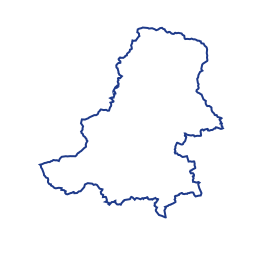 the district of Befotaka, Atsimo-Atsinanana, Madagascar, rotated 78°
{"feature_id": "10022922B11101019287712", "entity_name": "Befotaka", "entity_type": "district", "adm_level": 2, "iso_a3": "MDG", "parent_name": "Madagascar", "parent_adm1": "Atsimo-Atsinanana", "projection": "robinson", "projection_center": [46.959, -23.944], "detail": "fine", "context": "isolated", "style": "outline", "palette": "blue", "viewbox_px": 256, "rotation_deg": 78, "n_neighbors": 0, "source": "geoboundaries", "source_scale": "gbopen_adm2", "svg_char_len": 5796}
<svg xmlns="http://www.w3.org/2000/svg" viewBox="0 0 256 256"><g transform="rotate(78 128 128)"><path d="M57.4,40.3L57.0,42.0L56.2,42.6L55.6,43.5L55.1,44.3L54.9,45.6L53.8,47.2L54.0,48.9L53.2,51.3L52.9,53.5L52.2,54.0L49.4,53.8L48.2,55.3L46.7,55.9L45.4,59.0L45.4,60.6L44.7,62.0L44.8,62.5L45.3,63.0L45.4,64.3L44.6,65.8L42.7,67.2L42.5,68.2L42.9,69.2L42.6,69.9L40.8,71.2L39.0,71.7L38.6,72.8L37.1,73.9L37.0,75.8L38.0,78.2L38.2,80.1L36.9,81.4L35.4,83.7L35.1,86.8L34.3,87.8L32.8,92.7L33.1,94.0L33.2,96.7L33.6,98.0L36.3,99.0L36.9,98.3L38.0,97.6L39.4,97.9L40.4,97.7L41.2,99.1L44.2,102.3L43.9,102.8L44.0,104.2L43.3,105.4L44.6,106.0L45.7,106.2L47.9,107.8L49.6,107.6L51.3,107.8L51.7,108.6L51.8,109.8L53.6,110.5L54.9,113.1L55.5,113.7L56.7,114.0L56.9,115.6L57.6,116.1L58.4,118.0L57.8,120.4L57.4,121.0L57.9,121.5L57.9,122.0L58.7,122.9L59.7,122.7L61.2,121.6L62.6,121.9L62.7,122.4L62.4,123.7L62.9,124.8L64.2,126.4L66.2,126.7L66.8,126.5L67.6,125.7L68.3,125.8L70.8,125.6L72.2,125.9L72.8,125.5L74.0,125.5L76.1,123.2L77.6,125.3L77.1,126.9L77.3,127.4L77.7,127.6L79.3,127.3L80.0,128.2L80.4,128.4L81.8,128.4L82.4,127.9L84.0,128.3L84.2,128.7L84.1,129.4L85.1,131.1L85.8,129.6L86.4,130.8L86.1,132.3L88.5,134.5L89.3,134.8L89.3,134.1L89.5,133.6L91.1,133.1L91.7,133.1L91.9,134.9L93.0,134.5L95.3,135.8L94.9,136.7L94.8,138.0L95.1,139.1L96.4,137.7L97.7,137.3L98.8,136.6L99.3,136.9L99.5,139.9L100.8,139.5L102.3,139.7L103.1,140.1L104.1,141.3L107.0,142.9L106.9,144.3L105.7,145.6L105.4,148.1L104.2,150.7L104.6,151.4L105.2,151.8L106.3,153.6L107.7,154.3L108.3,155.0L108.8,156.5L108.4,158.3L109.6,163.7L110.2,164.8L110.8,168.4L110.0,171.3L113.6,173.0L117.0,171.6L118.7,172.5L120.2,172.8L121.8,174.6L122.4,174.3L123.1,174.5L124.6,173.4L126.2,173.4L128.1,171.8L129.2,171.5L129.7,171.0L131.2,171.0L131.9,170.5L132.3,170.4L133.9,171.9L135.8,172.9L137.0,172.8L137.7,173.1L138.5,175.0L140.8,178.6L141.5,180.6L142.2,181.6L142.2,182.3L143.3,183.6L143.9,183.9L144.7,185.3L143.5,190.5L143.2,193.2L142.7,194.6L142.4,198.8L143.3,200.3L144.3,201.4L145.9,202.5L144.7,204.3L144.7,205.2L143.8,207.7L144.5,209.2L144.5,210.3L145.1,211.6L144.7,213.2L145.0,215.3L144.9,216.9L145.5,219.4L145.6,221.7L146.4,221.1L148.6,221.2L150.3,220.5L154.9,219.8L156.8,219.9L157.9,219.1L159.3,218.6L160.5,216.8L162.3,216.8L163.1,217.3L164.5,217.5L166.3,216.8L167.1,215.1L168.1,215.4L169.5,213.7L171.3,212.5L171.7,211.8L172.0,211.1L172.1,208.1L173.0,205.4L174.7,206.1L175.4,203.8L175.8,203.2L176.4,203.0L176.8,202.1L177.2,202.1L178.2,202.9L178.7,202.9L179.8,202.2L180.3,200.9L179.7,197.4L179.8,196.6L179.2,194.7L179.4,194.3L180.6,194.1L181.0,191.4L179.8,189.3L180.0,187.5L176.7,183.1L174.3,181.9L173.6,178.8L175.0,174.6L176.5,173.4L176.4,171.7L176.7,171.0L177.4,170.1L181.4,168.4L182.7,165.7L183.2,165.9L184.9,167.9L186.8,168.0L187.3,167.7L187.8,166.7L188.2,166.2L190.4,166.9L190.6,164.6L191.0,163.9L194.1,163.6L195.2,164.4L195.5,165.4L195.8,164.8L195.8,163.8L196.8,163.5L197.2,162.3L198.2,162.3L198.6,162.8L199.2,162.2L197.1,159.4L197.4,157.2L196.7,156.2L196.6,155.5L198.3,155.9L200.4,154.6L200.8,153.6L200.8,152.0L201.5,151.0L199.9,149.7L199.4,148.7L198.6,148.1L198.6,147.4L197.7,146.6L198.0,141.0L197.6,140.4L196.6,139.9L196.1,139.1L196.8,138.0L199.5,136.3L198.5,135.0L198.3,134.0L199.1,132.4L200.3,130.6L199.6,128.6L199.8,128.2L200.6,127.7L199.9,126.8L200.2,124.9L199.8,124.3L199.7,123.5L200.2,123.2L201.3,123.2L202.3,122.2L202.3,121.0L202.7,120.4L202.5,119.5L203.1,118.9L202.5,117.9L202.4,116.6L202.1,115.8L203.4,114.8L203.6,113.7L203.9,113.4L205.1,114.3L205.8,115.4L206.7,115.9L206.8,117.0L207.1,117.5L208.6,117.7L209.2,118.2L209.8,118.1L210.4,117.3L211.5,116.8L211.8,116.2L214.0,117.9L215.1,117.9L219.5,115.8L221.0,113.1L223.2,110.1L223.2,109.7L216.2,109.5L213.9,107.6L212.9,108.1L212.5,105.0L212.1,104.6L211.8,103.7L211.9,102.2L211.5,101.7L211.3,100.0L210.3,97.0L209.2,96.8L207.6,97.3L206.7,96.4L204.6,96.3L204.3,95.6L204.3,94.9L204.5,94.4L204.2,93.4L204.1,92.1L203.5,91.9L203.1,91.1L203.1,90.1L202.7,89.3L202.9,88.6L204.0,87.8L204.4,86.4L204.3,85.5L204.7,83.8L204.3,83.4L204.2,82.9L204.4,81.5L204.1,80.6L204.3,78.6L204.8,77.6L207.6,77.0L209.0,76.1L208.9,73.1L209.1,70.9L207.3,69.8L206.6,69.7L201.6,70.8L197.8,71.0L197.0,70.8L196.3,69.5L195.5,70.3L195.6,72.5L194.3,74.7L194.2,75.5L192.3,75.4L190.7,74.2L188.8,74.7L188.6,74.4L188.5,73.4L187.2,73.2L185.7,73.9L185.4,75.9L183.5,76.4L182.6,75.7L182.7,74.6L182.1,73.9L181.2,70.6L180.2,70.4L178.1,70.7L177.0,70.2L174.5,70.2L174.3,70.6L174.3,72.5L173.6,73.9L173.4,75.7L167.8,76.2L167.8,79.7L167.6,80.8L165.1,83.1L164.9,84.3L163.0,85.3L162.7,87.1L161.4,87.3L160.6,86.4L158.6,86.7L157.6,85.8L156.1,85.6L152.7,83.2L152.7,82.7L155.0,79.6L155.4,78.6L155.2,77.6L154.1,76.9L152.6,74.8L149.0,72.9L148.5,73.0L147.7,73.9L147.3,74.0L146.6,73.4L145.2,73.5L145.4,72.8L146.5,72.1L147.2,70.9L148.5,67.8L148.4,66.7L148.8,65.2L150.0,64.7L150.0,62.1L150.7,59.0L150.7,58.3L150.2,58.0L146.2,57.7L145.2,56.9L145.0,56.1L145.0,55.3L146.1,54.5L145.5,53.2L145.4,50.5L145.8,50.1L147.0,50.2L147.5,49.0L147.2,47.1L147.5,46.2L147.2,45.1L146.4,43.5L146.6,42.6L145.6,41.9L145.9,41.0L148.2,37.3L148.2,36.0L148.0,35.2L147.0,35.7L146.1,35.4L145.5,36.0L144.1,35.8L143.1,35.2L142.6,35.8L142.6,36.5L141.4,35.8L138.9,36.7L138.3,36.1L138.3,35.1L137.9,34.5L137.4,35.0L135.8,38.1L133.8,38.6L133.6,39.9L133.2,40.5L131.8,40.7L129.7,42.1L128.2,42.5L126.7,42.4L125.5,42.1L125.0,42.3L123.3,44.0L123.1,45.7L122.6,46.3L120.5,46.9L118.7,46.7L117.8,46.2L115.7,48.2L110.5,49.1L109.9,50.1L109.0,50.7L107.7,52.6L106.3,53.4L105.1,52.9L104.3,51.1L103.5,50.5L101.3,50.7L99.8,49.8L98.5,50.3L94.3,50.1L93.1,48.9L90.9,48.1L88.1,45.8L87.4,43.3L86.3,43.9L85.4,44.0L81.4,42.2L80.7,41.3L78.9,36.6L78.1,36.2L75.6,36.1L73.6,35.4L71.1,35.4L67.7,34.3L65.9,34.3L65.2,34.5L63.4,35.9L61.2,36.5L60.4,38.6L58.3,38.9L58.1,39.8L57.4,40.3Z" fill="none" stroke="#1e3a8a" stroke-width="2"/></g></svg>